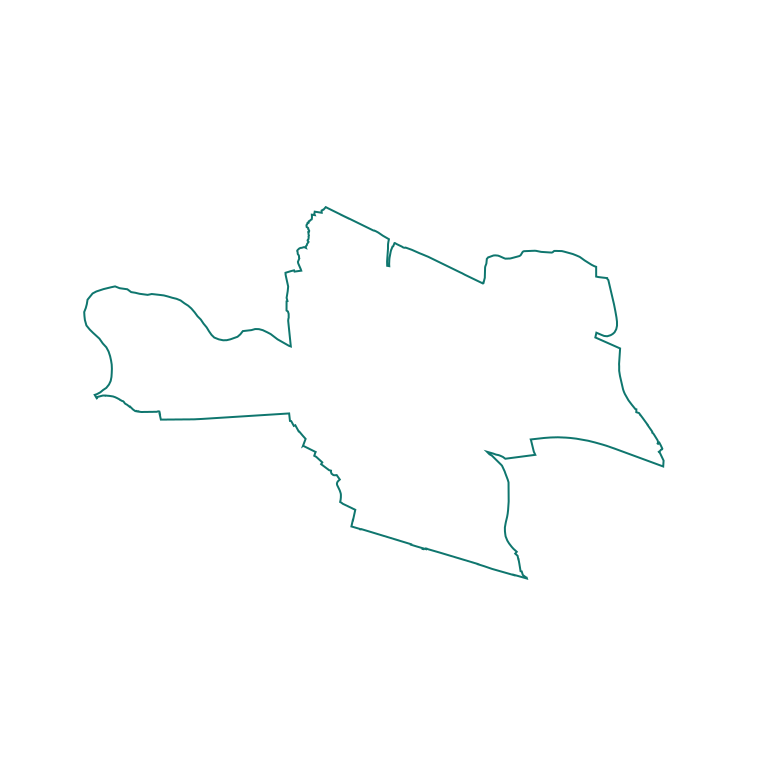 the district of Maasgouw, Limburg, Netherlands, rotated 55°
{"feature_id": "6326949B12614711390574", "entity_name": "Maasgouw", "entity_type": "district", "adm_level": 2, "iso_a3": "NLD", "parent_name": "Netherlands", "parent_adm1": "Limburg", "projection": "natural_earth1", "projection_center": [5.882, 51.158], "detail": "fine", "context": "isolated", "style": "outline", "palette": "teal", "viewbox_px": 768, "rotation_deg": 55, "n_neighbors": 0, "source": "geoboundaries", "source_scale": "gbopen_adm2", "svg_char_len": 6057}
<svg xmlns="http://www.w3.org/2000/svg" viewBox="0 0 768 768"><g transform="rotate(55 384 384)"><path d="M611.7,202.6L607.1,198.9L597.5,197.3L597.4,197.8L597.2,197.8L597.2,196.3L596.7,194.8L597.0,193.6L596.6,193.1L593.2,192.5L589.9,192.1L589.9,193.0L590.2,193.8L589.7,194.0L589.0,193.0L588.0,192.5L587.0,192.2L579.9,191.8L578.5,191.9L577.7,192.2L576.9,191.6L568.7,191.6L568.7,191.4L566.0,191.5L560.0,191.6L557.1,191.7L556.6,191.9L556.4,191.7L554.0,191.8L551.8,193.5L549.5,191.8L548.7,192.5L543.1,192.9L537.6,193.1L530.2,192.4L527.8,191.9L525.4,191.2L512.8,186.1L508.1,183.8L504.4,181.2L502.5,180.0L490.3,170.2L467.1,184.2L463.8,180.6L468.8,177.5L470.9,176.1L472.9,173.8L474.0,170.4L474.2,168.0L473.9,165.5L472.3,162.3L469.9,159.7L466.6,157.4L462.8,155.4L456.8,152.6L450.7,149.9L427.5,140.6L425.6,140.8L425.2,140.5L421.3,144.9L419.5,146.9L417.7,148.6L409.7,143.0L408.0,144.2L405.4,145.6L397.8,148.8L394.0,150.1L392.1,150.8L389.0,152.7L385.8,154.8L378.8,160.6L377.1,162.1L372.9,167.8L372.6,168.6L372.8,170.2L372.7,170.8L372.5,171.3L365.9,179.5L362.0,183.2L361.1,184.4L355.6,193.0L355.4,193.5L355.3,194.1L355.4,194.8L356.8,198.0L356.9,199.1L356.8,199.8L356.2,201.5L353.8,208.1L353.4,208.9L351.0,212.6L350.1,213.3L345.6,216.0L344.2,217.0L342.5,219.0L342.1,219.6L341.5,220.7L340.3,225.2L340.0,225.9L340.5,228.0L344.1,231.1L345.8,233.6L346.6,234.4L354.8,240.5L358.0,244.2L357.8,244.3L358.4,245.0L358.4,245.3L340.9,255.1L337.5,256.8L337.1,257.1L305.0,274.9L303.3,276.0L299.5,278.4L297.4,279.8L290.1,284.2L284.7,288.0L284.7,288.3L284.0,289.3L282.9,290.1L281.8,290.5L276.8,293.3L274.7,294.3L274.6,294.6L276.5,297.5L276.3,298.2L278.3,301.2L278.3,301.3L279.5,302.7L283.8,307.1L285.3,308.4L288.7,311.0L290.5,312.1L289.0,313.6L285.4,311.2L275.3,303.0L273.7,301.9L271.8,300.5L270.2,299.0L268.2,296.9L266.1,297.9L261.8,299.9L256.7,301.8L254.3,303.0L252.8,303.9L252.8,304.1L251.9,304.8L250.8,305.4L229.4,317.2L225.7,319.3L225.9,319.3L221.4,321.8L221.4,321.7L205.7,330.3L206.5,333.5L206.3,333.6L206.1,335.6L208.0,336.8L203.1,341.9L203.9,342.7L204.6,343.5L206.0,343.8L203.9,346.0L206.0,347.3L206.9,348.0L207.6,348.7L207.7,349.0L207.5,349.7L207.5,350.1L207.8,350.7L207.6,352.4L207.8,352.7L208.4,352.9L208.7,353.2L208.7,353.5L208.2,354.1L208.2,354.4L209.0,355.2L209.4,356.4L209.9,356.7L211.0,357.3L211.4,357.2L212.1,356.8L212.6,356.7L213.0,356.7L213.5,357.2L215.3,357.3L215.6,357.4L216.3,358.1L216.2,358.3L215.9,358.7L216.0,358.9L217.2,359.4L218.2,360.0L219.3,360.3L219.5,360.5L219.7,361.1L220.7,361.6L222.0,362.8L222.4,364.1L222.7,364.3L223.0,364.4L224.1,364.2L224.4,364.4L224.7,365.4L225.3,366.9L226.1,367.7L226.4,369.1L227.3,369.8L227.7,369.9L226.5,370.6L226.0,371.0L225.2,373.4L224.6,374.4L224.4,375.8L224.7,377.8L225.0,378.6L225.5,378.9L226.2,379.0L227.9,380.0L228.6,380.1L229.7,380.0L230.7,380.4L231.9,381.2L232.5,381.3L234.6,384.5L236.1,385.1L242.0,386.3L243.7,386.8L240.6,392.8L239.3,392.5L238.1,395.6L236.4,400.9L237.8,401.8L239.6,402.6L249.2,406.6L252.9,409.8L257.6,414.4L260.7,415.5L260.4,416.4L267.9,421.7L269.5,421.1L271.9,421.9L275.1,424.1L275.7,424.9L277.2,426.2L299.8,438.8L298.3,439.9L286.3,445.6L278.1,448.2L274.8,449.9L270.4,452.4L267.3,455.0L265.1,458.0L263.8,461.7L259.7,469.3L260.9,473.2L261.3,476.9L259.3,484.2L257.9,487.7L255.9,490.7L252.7,493.7L248.6,496.4L244.9,497.1L240.5,497.1L235.9,496.8L231.0,497.2L226.1,497.1L221.5,497.9L216.7,498.0L211.6,498.5L207.5,499.5L203.4,501.2L198.9,502.7L195.2,505.1L191.9,508.0L188.5,510.7L185.2,513.5L182.4,516.6L177.1,522.6L175.4,526.5L169.8,532.6L166.6,535.4L163.7,538.4L159.2,539.9L153.9,545.6L149.8,548.3L148.2,552.1L145.4,559.3L143.2,566.6L142.7,570.8L144.9,578.5L148.1,581.6L150.7,584.7L153.1,588.3L156.5,590.4L160.0,592.3L165.4,594.2L170.7,593.8L175.1,593.0L183.6,591.1L189.5,591.1L194.7,590.4L199.5,591.0L204.1,592.4L208.2,594.1L211.9,595.9L215.5,598.2L218.8,600.7L221.9,603.2L224.7,606.1L226.7,609.6L227.9,613.7L227.8,617.5L228.1,621.2L227.6,625.2L227.0,627.2L231.0,627.5L231.0,627.1L230.9,627.0L230.2,626.8L230.1,626.6L232.2,620.9L233.0,619.7L233.7,619.1L233.6,618.9L233.8,618.6L234.9,617.4L235.1,617.1L236.2,615.8L238.8,613.1L240.6,611.8L242.7,610.6L245.1,609.4L245.5,609.4L246.1,609.1L246.3,608.9L247.3,608.5L248.5,607.6L249.2,607.4L250.9,607.4L251.7,607.3L253.8,606.3L256.9,605.4L256.8,605.0L261.0,604.2L263.5,603.3L264.5,602.3L264.3,602.1L264.8,601.7L265.4,600.9L265.7,601.1L267.7,598.9L276.0,586.7L276.4,586.1L276.9,584.6L277.7,583.8L278.8,584.2L280.1,584.8L279.9,585.0L285.2,587.2L303.9,560.0L308.3,553.0L353.7,478.6L360.3,482.2L361.2,481.3L366.6,481.9L366.9,480.3L374.0,481.1L374.2,480.7L379.8,480.2L384.0,479.7L388.2,485.8L388.2,485.7L400.5,479.0L400.8,479.6L402.8,482.3L404.8,481.3L412.8,479.5L413.6,481.5L423.1,478.4L424.6,477.1L425.2,477.6L426.0,478.0L427.3,478.4L429.6,477.7L430.5,476.7L431.5,475.0L436.9,475.0L437.3,477.7L437.8,478.8L438.6,479.7L439.5,480.2L440.3,480.4L445.8,481.3L447.5,481.8L449.0,482.3L450.1,482.9L452.3,484.5L453.9,485.9L455.5,487.6L457.0,486.9L458.4,486.5L470.6,479.7L477.8,487.5L477.6,487.6L482.0,492.4L489.5,486.4L489.6,486.6L489.9,486.3L489.9,485.8L497.1,480.1L530.8,453.7L531.1,454.1L535.6,450.6L541.2,446.1L541.5,446.8L542.1,446.2L541.9,445.5L543.4,444.3L542.9,443.9L543.1,443.7L543.2,443.8L554.1,435.0L585.5,410.2L585.6,410.4L590.5,406.6L597.5,401.5L615.1,387.2L614.8,387.1L617.8,384.6L625.3,378.5L624.4,378.2L624.0,378.5L623.3,378.8L621.2,379.5L620.0,379.8L616.5,378.7L615.7,379.5L608.8,376.2L604.7,374.3L604.6,374.5L601.3,373.1L598.2,373.8L597.6,371.5L593.2,372.5L590.6,372.8L586.3,373.0L583.0,372.8L578.6,371.8L576.4,370.7L574.0,369.4L570.9,367.3L569.9,366.3L567.2,363.6L563.3,359.2L561.2,357.1L558.5,354.7L551.8,349.3L536.0,338.4L533.3,337.5L526.6,335.8L524.9,335.3L518.7,334.2L517.6,334.3L505.1,336.6L504.3,336.8L502.1,337.9L498.6,338.5L503.8,334.3L506.0,332.8L508.0,330.9L509.3,330.0L512.0,328.4L514.8,327.5L528.8,300.7L525.4,300.1L514.6,295.9L513.6,295.6L520.1,283.7L523.5,278.0L527.4,272.1L532.3,265.7L535.0,262.4L539.0,257.9L547.6,249.3L552.9,244.7L559.0,239.7L562.2,237.2L570.0,231.6L611.7,202.6Z" fill="none" stroke="#0f766e" stroke-width="2"/></g></svg>